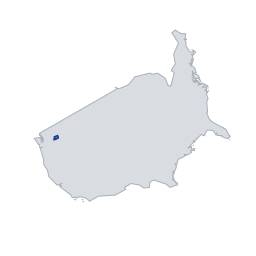 Adams, Washington, United States of America shown in context, rotated 337°
{"feature_id": "52423323B7193910850758", "entity_name": "Adams", "entity_type": "district", "adm_level": 2, "iso_a3": "USA", "parent_name": "United States of America", "parent_adm1": "Washington", "projection": "orthographic", "projection_center": [-118.309, 46.999], "detail": "fine", "context": "in_parent", "style": "filled", "palette": "blue", "viewbox_px": 256, "rotation_deg": 337, "n_neighbors": 0, "source": "geoboundaries", "source_scale": "gbopen_adm2", "svg_char_len": 3894}
<svg xmlns="http://www.w3.org/2000/svg" viewBox="0 0 256 256"><g transform="rotate(337 128 128)"><path d="M198.9,77.8L207.7,69.6L205.5,57.5L209.8,56.3L213.6,61.8L217.9,63.8L215.4,68.0L215.9,69.2L214.5,68.4L215.1,71.3L213.3,75.1L214.8,82.2L217.8,83.4L218.6,82.3L217.8,81.4L218.4,81.6L219.1,82.8L216.5,86.0L215.2,85.2L215.9,87.2L212.5,90.4L210.9,94.7L210.5,93.2L209.8,92.6L210.6,96.2L211.7,96.2L212.8,99.1L212.5,103.8L209.4,103.1L209.6,100.1L208.9,102.6L210.6,104.6L212.2,105.4L213.1,106.8L213.1,114.1L212.3,110.1L208.7,108.1L208.4,103.7L206.9,106.1L210.0,110.8L207.3,110.5L206.7,111.1L206.6,109.1L206.3,108.6L206.2,110.3L206.7,111.4L210.6,111.5L210.4,112.9L208.2,111.9L207.6,112.0L210.3,113.1L211.2,113.0L211.3,114.6L210.0,114.2L212.3,115.2L212.1,115.7L210.9,115.2L208.8,115.9L212.0,116.3L213.4,115.3L217.0,119.1L214.1,116.3L215.6,118.4L212.6,119.7L215.6,120.8L216.3,119.5L216.0,122.4L213.0,123.4L215.1,123.5L214.2,125.5L216.2,125.2L213.4,127.6L213.2,132.1L210.7,134.8L207.4,144.5L206.4,144.2L206.3,151.3L206.6,152.9L209.0,156.8L217.6,167.5L218.2,175.3L216.0,176.9L212.7,174.5L211.4,171.6L207.1,169.7L207.7,167.5L206.2,168.5L205.4,163.5L200.2,160.8L194.7,164.8L192.9,162.5L186.9,165.0L187.4,163.6L186.6,165.1L184.1,166.7L183.5,164.6L183.4,166.3L175.2,170.1L179.1,169.8L178.3,172.2L181.5,173.0L180.4,174.6L176.8,173.2L177.1,175.3L172.7,176.0L169.7,174.4L168.6,176.2L161.9,176.4L158.9,180.3L159.7,179.3L157.5,179.2L157.2,182.9L153.8,186.3L154.5,185.4L151.9,185.8L153.0,186.7L150.3,189.0L149.8,193.1L148.3,192.9L149.7,193.6L150.5,197.0L152.1,198.7L151.3,199.7L143.5,199.0L141.0,194.4L131.5,186.0L127.4,186.2L124.2,191.1L119.0,189.3L116.2,184.9L109.1,180.3L101.8,181.3L102.0,183.5L90.0,184.8L74.1,179.2L64.0,180.4L62.5,176.7L58.2,173.2L49.4,170.3L49.4,167.6L42.4,155.4L42.7,154.2L44.1,155.8L43.2,153.2L46.3,153.1L40.5,153.1L36.1,141.6L37.4,135.6L36.2,128.8L37.9,124.5L39.4,111.9L42.0,112.4L39.1,111.6L40.1,108.3L39.1,108.2L37.8,101.0L44.1,102.6L42.6,106.3L44.8,103.8L44.5,106.9L42.9,107.6L44.0,107.8L45.3,106.5L45.8,103.3L44.3,98.3L133.0,87.7L132.5,85.9L135.0,88.4L145.4,88.4L154.2,83.6L169.8,86.1L171.2,88.0L176.8,89.2L181.7,96.6L181.5,104.6L183.8,106.0L192.3,95.0L190.4,92.3L191.1,91.2L196.6,87.5L198.9,77.8ZM214.3,90.8L215.7,89.3L211.0,95.3L214.5,89.7L214.3,90.8ZM44.7,101.4L45.4,103.5L45.3,103.8L44.2,102.2L44.7,101.4ZM151.9,198.1L150.4,195.4L150.1,193.6L150.6,195.4L151.9,198.1ZM215.9,68.0L216.4,68.8L216.1,68.8L215.9,68.0ZM170.0,175.3L170.4,175.9L169.5,175.6L170.0,175.3ZM52.8,173.4L53.8,173.0L52.8,173.4ZM51.7,173.1L51.3,173.6L50.9,173.1L51.7,173.1ZM218.0,85.0L217.9,85.9L217.7,85.9L218.0,85.0ZM150.4,191.9L150.1,193.4L151.0,190.4L150.4,191.9ZM215.0,163.9L216.6,166.1L214.7,163.8L215.0,163.9ZM58.0,175.8L58.4,176.6L57.9,175.9L58.0,175.8ZM218.6,175.4L218.2,176.7L218.8,174.3L218.6,175.4ZM217.9,120.6L217.7,122.0L217.2,119.3L217.9,120.6ZM43.9,99.7L43.8,100.3L43.5,100.0L43.9,99.7ZM153.2,187.2L151.9,188.3L153.2,187.0L153.2,187.2ZM219.6,84.1L219.9,84.8L219.4,85.0L219.6,84.1ZM58.0,178.0L58.3,178.9L57.8,178.1L58.0,178.0ZM151.6,188.9L151.1,189.4L151.5,188.7L151.6,188.9ZM213.3,108.1L213.3,109.9L213.2,107.5L213.3,108.1ZM158.6,181.1L157.8,181.9L158.9,180.6L158.6,181.1ZM206.7,151.9L206.9,153.1L206.6,152.4L206.7,151.9ZM216.5,125.2L216.3,125.6L216.7,124.3L216.5,125.2ZM196.8,163.5L196.0,164.5L195.5,164.6L196.8,163.5ZM183.6,166.7L183.5,167.0L182.9,167.2L183.6,166.7ZM210.4,172.3L210.7,172.9L210.2,172.2L210.4,172.3ZM181.4,169.4L181.5,170.2L181.1,168.9L181.4,169.4ZM217.0,178.5L216.5,178.8L217.2,178.2L217.0,178.5ZM212.9,99.6L212.9,100.5L212.8,99.3L212.9,99.6ZM217.3,122.6L217.1,123.0L217.3,122.6Z" fill="#d9dde1" stroke="#a8b0b8" stroke-width="1"/><path d="M56.7,107.4L56.7,109.2L55.4,109.2L55.4,110.0L58.5,110.1L59.3,110.0L59.5,110.0L59.5,109.9L59.9,109.9L60.0,109.8L60.0,109.7L60.2,109.4L60.2,109.2L60.2,107.4L59.9,107.4L56.7,107.4Z" fill="#3b82f6" stroke="#1e3a8a" stroke-width="1.5"/></g></svg>